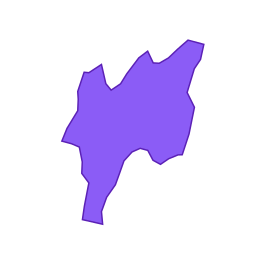 the district of Essunga, Västra Götaland, Sweden, rotated 285°
{"feature_id": "70781695B52360167495619", "entity_name": "Essunga", "entity_type": "district", "adm_level": 2, "iso_a3": "SWE", "parent_name": "Sweden", "parent_adm1": "Västra Götaland", "projection": "natural_earth1", "projection_center": [12.777, 58.206], "detail": "fine", "context": "isolated", "style": "filled", "palette": "violet", "viewbox_px": 256, "rotation_deg": 285, "n_neighbors": 0, "source": "geoboundaries", "source_scale": "gbopen_adm2", "svg_char_len": 708}
<svg xmlns="http://www.w3.org/2000/svg" viewBox="0 0 256 256"><g transform="rotate(285 128 128)"><path d="M116.2,187.3L137.9,188.5L165.2,186.8L177.6,175.9L202.4,176.7L213.0,180.3L228.4,179.6L228.4,163.2L217.2,155.7L206.1,148.9L198.6,141.4L197.4,135.5L207.3,127.1L198.6,120.3L180.0,112.8L168.8,109.4L160.2,101.9L165.1,95.1L182.5,85.9L171.3,75.9L170.5,71.2L150.3,70.0L142.8,72.5L131.7,75.0L111.9,69.2L98.2,67.5L98.2,77.5L97.0,85.9L83.4,92.6L72.2,95.1L64.8,104.4L41.2,106.1L27.7,107.7L28.5,128.4L40.4,124.0L55.6,125.3L69.9,130.5L81.5,131.5L95.2,132.6L105.9,138.1L111.5,145.0L111.5,152.9L103.3,160.5L101.3,168.8L108.9,175.3L115.0,183.3L116.2,187.3Z" fill="#8b5cf6" stroke="#5b21b6" stroke-width="1.5"/></g></svg>